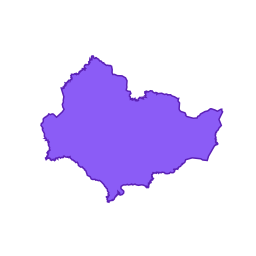 outline of Wanon Niwat, Sakon Nakhon, Thailand, rotated 137°
{"feature_id": "78962969B40575496973623", "entity_name": "Wanon Niwat", "entity_type": "district", "adm_level": 2, "iso_a3": "THA", "parent_name": "Thailand", "parent_adm1": "Sakon Nakhon", "projection": "mercator", "projection_center": [103.753, 17.629], "detail": "fine", "context": "isolated", "style": "filled", "palette": "violet", "viewbox_px": 256, "rotation_deg": 137, "n_neighbors": 0, "source": "geoboundaries", "source_scale": "gbopen_adm2", "svg_char_len": 5864}
<svg xmlns="http://www.w3.org/2000/svg" viewBox="0 0 256 256"><g transform="rotate(137 128 128)"><path d="M192.3,86.9L191.5,87.5L189.6,86.3L189.3,86.4L188.8,85.7L188.0,85.9L188.0,85.4L186.6,85.4L184.8,86.3L183.8,86.1L183.4,86.6L182.6,86.2L181.6,86.8L181.2,86.3L180.8,86.7L179.5,86.7L179.5,87.2L178.6,88.4L178.5,86.3L178.8,85.7L179.8,85.4L179.5,84.3L177.6,83.3L175.5,83.4L174.2,84.7L174.5,88.2L174.3,88.8L172.8,90.0L170.1,89.5L168.4,87.8L167.0,87.3L166.6,86.1L164.6,84.8L163.8,84.7L163.6,83.5L163.0,83.5L162.8,82.9L161.1,82.2L160.8,80.9L159.4,78.9L156.8,77.2L155.6,75.6L154.7,73.1L155.1,72.8L154.8,71.9L154.3,72.1L154.6,71.5L154.1,71.5L154.3,71.1L153.9,70.7L153.6,71.0L154.0,71.3L153.0,70.8L151.5,72.7L151.3,72.3L151.0,72.5L150.5,73.5L150.1,73.1L149.5,73.4L149.6,72.9L149.0,73.1L149.2,72.7L148.4,72.4L147.8,73.9L147.4,73.6L147.0,74.1L146.4,73.8L146.1,74.2L145.5,73.3L145.1,73.4L145.3,73.8L144.0,73.9L144.5,74.6L143.9,75.0L144.1,76.1L143.8,76.3L143.6,75.8L143.1,76.2L143.2,76.8L142.5,77.7L141.8,77.4L140.1,78.3L139.7,77.7L139.8,77.2L139.2,77.1L138.4,76.0L137.8,76.2L138.0,75.6L136.4,75.3L136.4,74.0L135.6,74.3L134.1,72.5L133.2,72.5L131.7,70.5L131.9,69.4L130.6,67.9L128.7,66.6L127.2,66.7L126.4,65.3L125.4,64.5L123.9,64.4L122.8,65.0L122.8,67.2L122.4,65.6L121.7,65.9L121.1,65.1L120.5,65.2L119.8,64.0L119.1,64.7L118.6,64.3L117.5,64.8L115.7,64.1L114.2,64.6L113.1,64.2L112.6,65.0L111.6,64.3L109.8,64.2L107.5,65.5L101.4,62.4L95.8,55.9L95.2,53.7L92.2,50.2L88.3,52.5L76.6,56.1L76.2,55.8L75.0,56.0L75.1,55.6L74.2,55.1L73.2,55.1L73.3,56.2L72.8,56.4L72.9,57.1L73.5,56.9L73.6,57.9L72.2,59.2L71.6,59.1L71.7,60.5L70.7,60.6L70.9,61.0L70.0,61.4L69.4,62.8L68.0,64.1L67.8,63.9L66.9,64.9L66.2,64.6L65.7,65.1L63.3,65.1L61.6,65.9L58.0,66.2L55.6,72.3L47.8,75.3L47.7,76.5L46.6,77.8L47.2,78.3L51.2,79.3L52.1,81.8L53.8,85.0L54.7,85.9L58.0,86.1L60.4,87.5L65.5,88.8L67.2,88.3L69.1,88.9L70.6,88.2L73.6,90.6L77.2,96.4L77.2,98.0L76.5,98.4L76.0,100.3L78.0,103.9L78.2,105.6L77.6,107.1L73.2,111.2L73.0,113.7L70.8,115.1L71.7,115.7L72.7,119.2L73.9,121.3L74.2,123.3L76.3,125.1L76.1,125.3L76.8,126.7L78.5,127.7L79.6,130.4L83.0,133.1L83.6,133.1L82.8,133.9L83.4,135.0L84.1,135.0L84.8,135.7L85.3,137.7L85.0,138.4L86.1,139.9L88.5,140.6L89.4,142.4L90.9,143.0L91.8,142.1L91.1,141.5L91.7,141.5L92.7,139.8L93.4,140.0L93.2,139.5L94.0,139.2L94.0,138.3L95.8,140.4L96.3,140.3L96.9,138.9L97.7,140.0L97.9,141.3L98.6,141.3L98.1,141.5L98.6,141.7L98.2,142.0L98.3,142.3L100.3,142.3L101.9,141.7L101.7,141.2L102.3,141.2L102.8,141.9L102.7,142.5L103.3,142.2L103.8,142.8L103.1,143.3L103.3,143.8L102.8,144.8L103.8,144.6L103.7,145.2L105.2,145.6L105.4,145.2L105.8,145.5L105.1,146.2L106.1,146.9L105.3,147.0L106.3,147.7L105.1,149.2L105.3,150.2L103.8,151.6L103.1,151.1L102.3,151.3L101.5,153.4L103.1,155.2L103.4,157.0L101.0,158.6L99.7,160.3L96.5,163.2L95.6,166.4L96.8,170.2L100.1,173.6L101.2,176.3L102.6,177.5L101.9,179.4L99.8,181.4L97.9,184.4L98.5,186.1L99.3,186.4L99.9,187.7L101.2,188.6L101.2,189.7L101.7,190.9L101.3,192.3L102.1,192.7L102.1,195.5L103.0,196.4L102.6,198.4L103.2,199.8L103.2,201.0L103.6,201.4L103.9,201.1L104.9,201.5L105.2,202.6L104.4,203.9L104.4,204.6L104.9,204.9L105.3,204.5L105.7,205.2L107.4,204.0L106.8,203.7L107.8,202.7L108.2,203.5L109.0,203.1L109.4,203.6L109.2,204.1L110.8,202.8L111.6,203.2L112.1,202.4L111.8,201.9L111.4,202.3L111.3,201.9L112.7,201.7L112.6,200.7L112.9,201.6L113.9,201.4L115.6,203.2L116.1,202.9L116.7,203.4L117.8,203.0L118.6,202.1L118.4,201.6L119.1,201.4L118.9,200.9L119.4,201.2L119.2,200.4L120.0,199.8L120.7,201.6L120.2,201.8L120.9,202.6L122.1,201.5L123.1,202.1L123.8,201.7L124.4,202.2L124.9,201.8L125.1,202.3L125.9,202.2L126.7,201.2L127.1,201.5L127.8,201.3L128.0,202.0L128.4,202.0L128.5,202.8L129.0,202.5L128.9,203.4L129.4,203.5L129.2,203.9L129.8,203.4L130.1,204.1L131.2,204.2L132.7,205.8L133.7,205.0L134.1,205.2L134.7,203.4L135.0,204.0L135.3,203.8L135.2,203.3L136.1,201.9L136.8,202.5L138.0,202.0L137.7,202.4L138.8,203.3L140.3,202.6L140.5,203.2L141.6,202.8L142.0,203.0L142.5,202.5L143.2,203.8L144.0,202.0L144.7,202.6L145.3,202.5L145.2,201.6L147.2,202.1L147.2,201.0L147.6,200.8L148.9,201.4L148.8,202.1L149.6,202.8L153.6,194.6L156.4,192.5L157.6,191.0L159.9,190.1L161.4,187.7L162.0,185.3L164.8,184.6L172.9,184.6L173.1,189.0L173.8,190.0L175.8,190.8L176.3,192.3L178.2,191.8L180.2,192.3L180.8,192.0L181.8,192.6L183.9,192.4L185.3,190.7L187.0,190.0L188.2,190.4L189.9,189.2L190.2,186.4L190.6,185.6L191.2,185.8L191.9,184.8L192.9,180.9L194.8,179.0L195.3,176.5L195.9,176.9L195.7,176.4L195.1,176.2L195.8,174.8L196.2,174.8L195.1,173.9L195.6,173.7L195.3,173.1L195.8,172.6L195.4,172.6L195.2,171.6L196.8,170.9L197.3,169.9L197.8,169.9L198.6,167.2L200.1,166.0L200.1,165.1L201.8,165.4L202.2,164.8L202.7,165.4L203.5,164.7L203.4,165.2L204.0,165.2L204.5,164.0L204.0,163.3L205.6,162.5L206.4,162.7L206.5,162.2L206.7,162.6L207.5,162.1L208.8,162.3L209.4,160.7L207.8,160.7L205.8,159.5L206.1,158.5L205.8,158.1L206.4,157.7L206.1,156.5L204.3,156.2L204.6,155.7L203.9,154.8L203.9,154.2L202.5,154.2L202.4,155.1L201.5,155.2L200.6,154.6L200.5,153.4L200.0,154.1L198.4,153.6L197.9,153.0L198.0,152.1L196.6,151.8L195.8,150.7L195.0,150.7L194.5,151.3L193.9,151.1L193.4,149.4L192.2,147.9L191.8,148.0L191.6,147.0L191.1,147.2L190.1,146.7L190.7,146.3L190.4,145.9L190.8,145.4L190.5,143.7L190.7,142.9L190.0,142.1L190.1,141.1L189.6,140.5L189.8,138.4L188.4,137.5L189.1,135.3L189.8,134.4L189.3,131.7L187.9,130.5L188.2,129.0L187.8,127.5L188.3,127.0L188.0,125.6L188.5,124.3L190.0,121.1L188.9,118.2L189.6,115.8L189.1,114.6L187.1,112.9L187.2,111.9L186.5,111.5L185.5,109.6L184.6,109.1L184.2,107.0L184.2,103.1L184.8,101.0L184.5,100.5L184.9,98.7L184.6,97.8L186.0,95.8L186.2,93.8L187.6,93.4L187.4,92.4L187.8,91.7L188.1,92.0L189.0,91.3L189.2,91.7L189.6,91.4L189.7,92.0L190.7,92.4L191.1,91.7L190.9,91.3L191.1,90.5L192.1,89.9L191.9,89.6L192.7,88.2L193.3,88.1L193.0,87.3L192.4,87.4L192.3,86.9Z" fill="#8b5cf6" stroke="#5b21b6" stroke-width="1.5"/></g></svg>